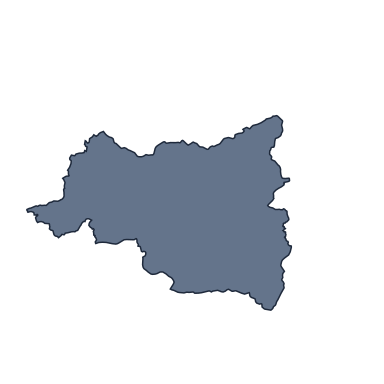 Bao Thang, Lào Cai, Vietnam (orthographic projection), rotated 302°
{"feature_id": "81297802B25560916681091", "entity_name": "Bao Thang", "entity_type": "district", "adm_level": 2, "iso_a3": "VNM", "parent_name": "Vietnam", "parent_adm1": "Lào Cai", "projection": "orthographic", "projection_center": [104.134, 22.379], "detail": "fine", "context": "isolated", "style": "filled", "palette": "slate", "viewbox_px": 384, "rotation_deg": 302, "n_neighbors": 0, "source": "geoboundaries", "source_scale": "gbopen_adm2", "svg_char_len": 5988}
<svg xmlns="http://www.w3.org/2000/svg" viewBox="0 0 384 384"><g transform="rotate(302 192 192)"><path d="M196.4,84.8L193.7,82.8L191.7,82.1L190.1,82.1L189.4,81.5L188.7,81.5L188.4,80.6L188.5,78.4L186.0,78.3L183.0,76.9L180.0,78.3L179.5,78.3L178.5,77.9L178.2,77.7L178.2,77.4L178.5,76.2L178.9,75.5L178.9,74.3L175.4,75.7L175.3,76.5L174.5,77.4L174.4,78.2L174.7,78.9L174.5,79.2L170.5,80.8L170.3,79.1L168.2,79.6L166.5,77.8L165.3,75.9L162.7,73.5L160.8,73.4L160.5,73.1L159.4,70.2L158.9,70.2L155.9,70.3L154.7,71.3L154.7,72.3L154.4,73.1L152.1,74.3L148.2,75.1L144.5,75.0L144.2,76.2L141.7,77.7L140.7,79.1L140.1,79.0L139.3,77.6L138.3,76.7L135.1,75.1L134.5,76.7L132.9,79.1L132.6,79.4L129.7,80.4L128.1,81.5L127.6,82.1L126.6,81.7L125.9,81.9L123.9,83.6L120.7,85.7L119.2,86.0L117.2,85.7L116.6,85.4L116.0,84.8L115.7,84.8L113.5,83.5L113.0,83.0L111.2,79.6L108.7,78.1L108.1,77.2L107.2,76.5L103.4,75.5L102.7,74.1L100.8,71.6L100.6,70.6L99.8,69.6L98.1,68.8L97.8,67.6L97.3,66.9L93.0,63.9L91.9,62.7L89.8,61.3L89.2,61.4L88.8,62.6L88.1,63.0L87.9,63.6L89.6,65.1L90.3,66.2L90.7,67.9L90.7,68.8L88.9,70.4L89.5,71.0L89.7,72.3L90.9,72.5L90.9,73.2L90.2,73.6L88.3,72.9L87.2,73.0L85.1,75.4L84.3,77.2L85.8,78.3L87.0,79.7L87.6,81.8L87.4,83.8L89.4,87.6L89.1,88.2L88.1,88.9L87.3,89.8L85.2,90.6L84.9,92.4L85.4,94.0L85.4,94.7L83.0,97.2L82.4,98.3L82.3,99.5L83.0,101.5L82.5,103.0L85.8,104.1L86.7,104.0L87.1,104.1L87.9,106.2L88.9,106.4L89.9,106.3L91.7,108.4L94.4,110.9L95.8,112.8L96.2,113.8L97.4,114.2L98.9,115.4L104.1,115.2L104.9,115.4L106.7,115.1L108.4,115.3L109.9,116.0L110.2,116.9L112.0,116.5L113.1,116.7L114.2,117.9L114.7,119.0L114.9,121.8L112.0,121.3L110.8,121.5L109.1,122.2L108.2,124.6L108.3,126.1L107.7,127.0L107.8,127.3L108.6,127.8L108.3,128.8L107.5,129.1L106.3,129.2L105.2,130.3L103.4,131.5L103.7,132.8L102.6,133.2L102.3,134.5L101.1,136.2L100.6,136.5L98.5,136.4L97.6,137.2L97.3,137.7L99.7,139.6L101.9,142.6L103.8,146.0L105.9,151.7L107.5,155.0L108.6,156.1L110.1,157.0L115.5,159.7L117.1,161.8L120.7,168.0L121.3,168.5L122.8,169.2L122.9,169.7L122.1,170.8L120.5,171.8L120.0,172.4L119.2,174.1L118.6,174.6L117.5,174.8L117.6,175.3L118.2,176.3L118.2,177.1L114.9,180.6L115.1,181.9L115.9,182.3L116.3,183.0L116.5,184.1L116.2,184.8L115.4,185.4L114.6,185.8L113.1,186.1L110.6,184.8L109.5,185.7L104.2,188.6L102.4,190.3L101.8,191.3L101.5,192.1L101.3,194.9L100.9,197.0L100.7,200.7L101.3,202.2L102.8,204.2L104.3,205.6L107.2,207.3L108.5,209.2L108.7,209.8L108.8,213.4L108.2,216.9L108.4,219.8L108.1,221.1L107.2,223.1L106.1,224.6L103.9,225.0L98.2,225.0L98.3,226.6L99.0,228.8L99.5,233.1L100.2,234.8L102.2,238.7L104.3,240.7L105.3,242.7L107.6,245.7L107.9,246.5L107.6,247.5L107.7,248.1L109.8,251.2L111.7,253.5L117.0,258.7L117.4,259.4L117.5,261.4L118.9,262.1L122.2,265.8L122.8,268.5L122.9,269.5L123.7,271.4L125.6,272.8L127.7,273.5L128.9,274.6L129.0,278.4L129.5,279.3L131.1,281.0L131.5,281.6L132.5,287.7L133.3,290.7L137.0,293.9L136.8,294.2L134.8,295.9L134.2,296.9L134.1,298.4L134.6,300.6L134.7,302.3L132.7,304.1L132.1,305.8L132.7,308.7L133.9,309.8L133.9,310.7L131.6,312.4L131.2,315.1L131.3,315.9L133.6,321.5L135.4,322.1L136.1,322.2L138.0,321.9L139.9,322.6L140.7,322.7L143.8,321.9L146.1,321.9L153.1,321.2L159.5,320.9L161.7,318.9L162.7,318.8L163.2,318.5L164.1,317.0L164.7,315.1L165.3,314.5L167.6,314.3L169.0,313.1L170.8,312.2L173.7,312.4L175.9,307.5L176.6,306.4L177.2,306.0L180.6,304.8L182.3,304.7L184.9,305.4L189.8,307.3L193.3,307.0L197.6,305.6L198.7,304.9L198.8,304.4L198.2,303.6L198.2,301.9L199.0,300.6L200.1,300.5L200.9,299.6L200.7,298.9L200.8,297.7L201.9,296.5L202.7,294.4L203.0,294.4L203.3,295.0L203.8,294.9L205.7,294.2L206.7,292.9L207.5,292.7L207.6,292.0L207.0,291.2L207.4,290.5L207.5,289.6L208.4,290.0L209.4,289.8L210.2,290.6L210.5,290.6L210.6,289.2L211.4,288.5L211.0,287.7L211.2,287.1L211.6,286.9L212.4,287.0L213.6,286.2L214.1,286.3L215.1,287.5L216.2,287.5L216.9,288.2L219.8,288.8L221.1,287.8L222.0,286.3L223.6,284.4L225.9,282.8L226.1,282.3L225.9,281.5L226.4,279.9L226.4,278.8L226.1,278.4L225.1,278.3L224.7,277.8L223.9,276.4L223.6,275.2L222.5,273.8L221.3,271.8L221.3,269.0L220.3,266.1L220.3,264.5L220.6,263.4L221.8,263.4L227.5,264.8L230.0,264.8L230.8,263.7L231.7,263.5L233.8,261.8L235.1,261.5L238.2,262.2L241.1,263.5L243.8,265.1L246.7,266.2L247.0,266.2L247.5,265.5L248.1,265.7L248.4,265.2L248.9,265.0L251.7,267.9L252.6,268.6L253.3,268.7L254.9,267.5L255.1,266.9L252.8,263.9L251.7,261.7L251.7,260.9L252.6,259.5L254.0,258.0L256.3,256.2L258.2,255.1L259.5,253.7L260.3,252.2L260.5,250.6L262.1,245.8L261.6,242.8L261.9,241.7L264.0,241.0L264.7,239.6L265.0,238.1L265.4,237.6L268.2,236.1L269.3,236.3L271.3,235.7L272.2,236.0L273.3,237.5L273.8,237.6L274.4,237.2L274.8,237.4L278.7,235.4L281.3,234.5L281.7,234.5L283.8,236.2L286.6,237.3L287.9,237.2L289.7,236.6L290.9,236.7L292.0,236.4L293.4,235.4L296.2,232.5L299.7,231.5L300.4,230.9L301.7,224.6L301.7,223.9L301.6,223.3L299.9,221.6L299.3,220.5L298.1,220.3L296.3,219.4L293.3,216.3L291.9,216.1L287.5,214.0L284.1,211.7L280.8,208.5L278.9,207.9L276.5,207.6L276.1,207.2L275.8,204.5L275.6,204.0L272.5,202.1L272.0,202.0L271.8,203.2L271.3,203.9L270.1,203.9L268.5,203.2L266.3,200.4L263.7,198.4L263.0,198.3L261.0,199.3L259.5,198.9L258.8,198.2L257.8,194.9L257.4,193.9L254.5,191.1L253.5,190.7L248.1,190.2L246.9,189.7L245.1,188.3L242.6,186.8L242.0,186.0L241.8,184.9L240.6,184.0L239.6,183.5L236.9,183.1L236.2,182.2L235.8,177.4L234.5,174.8L234.6,173.6L235.6,170.4L235.1,168.2L235.0,166.7L234.6,166.3L232.2,165.3L229.7,163.9L229.9,161.9L230.8,157.5L230.8,156.7L230.1,156.2L227.7,155.9L227.2,155.4L226.8,154.1L225.0,151.7L222.6,147.7L219.9,144.6L219.8,143.8L220.1,142.4L219.8,141.7L219.1,141.1L214.0,138.6L212.3,137.9L210.9,137.6L209.4,137.7L204.5,139.3L203.3,139.3L202.7,139.1L201.6,137.4L200.2,135.8L199.3,133.2L196.5,131.8L195.1,130.5L193.8,128.4L193.3,126.8L194.9,122.5L194.3,117.3L193.9,115.8L194.1,112.9L193.7,111.1L191.7,109.2L191.6,108.1L192.9,102.0L192.6,101.0L192.7,100.0L193.3,99.0L195.2,97.1L195.4,96.4L195.5,95.0L194.8,92.8L194.8,90.0L195.2,88.0L196.4,84.8Z" fill="#64748b" stroke="#1e293b" stroke-width="1.5"/></g></svg>